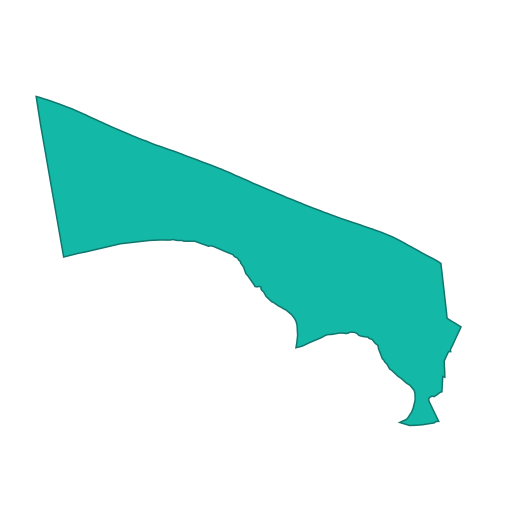 the district of Mostardas, Rio Grande do Sul, Brazil, rotated 260°
{"feature_id": "56859067B36086457768432", "entity_name": "Mostardas", "entity_type": "district", "adm_level": 2, "iso_a3": "BRA", "parent_name": "Brazil", "parent_adm1": "Rio Grande do Sul", "projection": "albers", "projection_center": [-50.76, -30.853], "detail": "fine", "context": "isolated", "style": "filled", "palette": "teal", "viewbox_px": 512, "rotation_deg": 260, "n_neighbors": 0, "source": "geoboundaries", "source_scale": "gbopen_adm2", "svg_char_len": 3937}
<svg xmlns="http://www.w3.org/2000/svg" viewBox="0 0 512 512"><g transform="rotate(260 256 256)"><path d="M451.3,67.2L421.5,66.6L398.8,66.6L395.3,66.6L364.2,66.5L334.3,66.5L288.4,66.4L289.5,81.6L289.6,88.9L291.6,124.6L290.3,145.7L289.8,153.8L288.4,164.6L286.7,173.6L286.6,177.2L285.0,181.0L284.1,186.0L283.2,187.3L282.5,190.8L281.2,198.3L277.2,205.1L274.8,209.4L273.8,211.1L274.0,213.3L272.5,216.3L265.2,227.3L263.1,230.7L261.5,233.4L259.1,234.8L257.2,237.4L254.7,238.4L253.4,239.7L251.9,239.6L247.3,241.8L240.3,243.0L237.8,244.6L227.5,249.3L226.2,249.6L225.4,251.6L225.5,253.8L224.5,255.6L222.9,255.2L221.3,255.7L219.3,257.3L214.5,258.9L209.7,262.4L208.0,263.8L207.3,265.1L202.6,269.8L201.0,272.1L199.8,273.3L197.4,276.4L192.0,280.9L187.6,283.2L184.5,284.1L180.7,284.4L170.6,283.2L163.1,281.0L158.7,279.4L159.2,285.8L161.5,294.2L163.6,303.5L164.2,306.0L165.8,310.6L166.1,313.0L165.6,317.3L165.6,325.1L164.7,329.3L164.0,331.1L164.1,333.7L164.7,335.7L163.6,340.0L162.1,342.1L160.1,343.4L158.8,345.7L157.8,348.3L157.0,350.9L156.5,352.5L155.1,353.1L153.9,355.7L152.4,356.6L149.2,358.3L147.5,360.0L146.2,360.7L143.7,360.5L139.1,361.4L132.9,362.6L131.3,363.8L129.4,364.4L126.5,366.3L121.5,368.0L120.0,369.7L112.6,375.2L110.8,377.2L104.8,382.0L101.9,385.2L96.2,388.4L92.9,388.7L86.5,387.7L78.8,384.3L75.2,382.1L70.0,377.2L68.9,375.6L68.0,371.8L67.1,368.6L62.4,377.9L61.6,383.5L60.9,390.6L60.7,402.5L61.5,404.0L61.7,405.5L61.4,407.2L82.0,401.4L83.5,401.1L85.3,401.2L86.6,402.6L87.4,404.8L86.6,407.1L87.6,409.3L88.3,410.9L89.0,412.1L89.8,413.9L90.0,415.5L105.0,419.0L103.8,420.9L109.0,421.7L114.2,422.3L119.8,423.1L124.3,426.1L128.4,429.0L128.0,431.1L130.0,431.2L131.8,432.4L134.4,434.4L136.8,436.0L138.8,437.4L141.7,439.4L144.3,441.2L146.2,442.6L148.4,444.1L150.6,445.6L152.1,443.9L153.5,442.3L154.9,440.8L156.2,439.3L157.5,437.7L158.9,436.2L160.1,434.8L161.5,433.4L163.3,433.5L165.1,433.6L166.8,433.8L169.0,433.9L206.3,436.2L208.1,436.3L216.6,436.8L218.9,434.4L220.5,432.6L222.0,430.7L223.6,428.7L225.4,426.2L226.6,424.6L228.8,421.8L231.0,419.0L232.5,417.4L233.9,415.6L235.6,413.5L237.0,411.7L238.3,410.2L239.7,408.3L241.0,406.7L242.6,404.9L243.8,403.3L245.4,401.3L246.8,399.5L248.3,397.6L249.5,395.9L251.0,393.9L252.7,391.3L254.3,388.7L255.6,386.7L257.2,384.2L258.5,382.0L260.2,378.9L261.4,376.8L262.4,375.2L263.3,373.4L264.3,371.6L265.5,369.4L266.7,367.2L268.5,364.2L269.4,362.5L270.5,360.5L271.5,358.5L272.6,356.5L273.4,355.0L274.3,353.5L275.3,351.5L276.4,349.6L277.5,347.5L278.8,345.2L280.3,342.6L281.7,340.3L283.1,337.8L284.3,335.8L285.6,333.7L287.1,330.8L288.7,328.4L290.2,325.9L292.4,322.1L293.5,320.2L294.7,318.3L295.6,316.8L296.8,314.8L298.1,312.7L298.9,311.4L300.4,309.3L301.2,307.9L302.0,306.5L302.9,305.1L304.4,302.8L305.5,301.1L306.5,299.3L307.3,298.0L308.1,296.6L309.5,294.5L310.6,293.1L311.8,291.1L313.2,289.0L314.1,287.4L315.2,285.8L316.5,283.8L317.7,282.0L318.5,280.6L319.7,278.9L321.1,276.7L322.5,274.6L323.5,273.0L324.6,271.4L325.7,269.7L327.2,267.2L328.6,265.1L330.6,262.4L331.8,260.7L333.2,258.6L334.4,256.7L336.0,254.4L337.4,252.2L338.6,250.2L340.0,248.2L341.2,246.6L342.5,244.8L343.9,242.5L344.9,240.9L346.3,238.7L347.5,237.1L348.6,235.0L350.4,232.2L351.7,230.0L352.6,228.7L354.1,226.1L355.1,224.4L356.1,222.6L357.3,220.5L358.6,218.3L360.2,215.9L361.3,214.0L362.5,211.9L364.2,209.0L365.2,207.2L366.5,204.9L367.7,203.0L369.0,201.0L369.9,199.4L371.4,197.0L373.7,193.0L376.4,187.9L378.1,185.0L379.5,182.6L380.8,180.3L382.1,177.7L383.6,175.1L384.8,173.1L386.3,170.8L387.4,169.2L388.3,167.8L389.5,165.5L390.8,163.3L392.3,160.8L393.3,159.3L394.8,157.0L396.0,154.9L397.3,153.1L398.7,150.9L407.6,137.2L421.8,116.5L422.9,115.0L424.5,112.9L425.8,110.8L426.8,109.4L428.7,106.5L429.9,104.8L431.7,102.1L433.0,100.2L434.6,97.4L436.1,94.8L437.3,92.9L438.6,90.7L439.8,88.7L441.0,86.6L442.5,83.9L443.8,81.6L445.0,79.5L446.5,76.7L447.5,74.6L448.8,72.3L449.8,70.4L451.3,67.2Z" fill="#14b8a6" stroke="#0f766e" stroke-width="1.5"/></g></svg>